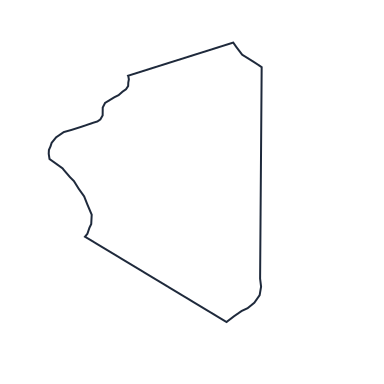 the district of Bongalo, Choiseul, Saint Lucia, rotated 335°
{"feature_id": "8701671B48752097884677", "entity_name": "Bongalo", "entity_type": "district", "adm_level": 2, "iso_a3": "LCA", "parent_name": "Saint Lucia", "parent_adm1": "Choiseul", "projection": "orthographic", "projection_center": [-61.031, 13.766], "detail": "fine", "context": "isolated", "style": "outline", "palette": "slate", "viewbox_px": 384, "rotation_deg": 335, "n_neighbors": 0, "source": "geoboundaries", "source_scale": "gbopen_adm2", "svg_char_len": 721}
<svg xmlns="http://www.w3.org/2000/svg" viewBox="0 0 384 384"><g transform="rotate(335 192 192)"><path d="M76.1,187.3L168.3,324.4L177.9,322.3L186.8,320.8L193.3,320.8L201.7,318.7L209.7,314.1L214.6,307.0L217.1,299.3L307.9,108.3L303.5,101.1L295.5,88.8L293.5,79.6L292.5,74.0L183.2,59.6L183.2,60.2L182.4,63.2L180.5,65.9L178.9,69.0L175.6,71.0L171.5,71.7L166.4,73.2L161.8,73.3L150.9,74.5L146.8,77.7L143.4,84.8L139.6,87.5L136.1,88.1L131.9,87.5L119.0,86.1L109.0,84.8L101.1,83.5L92.0,85.0L85.6,88.1L83.0,90.9L80.1,93.4L78.3,96.8L76.8,101.9L84.7,115.9L85.1,117.7L87.7,127.0L89.6,132.2L90.7,141.3L92.4,150.4L91.9,158.9L91.5,170.2L87.1,178.5L84.0,181.0L79.5,185.7L76.1,187.3Z" fill="none" stroke="#1e293b" stroke-width="2"/></g></svg>